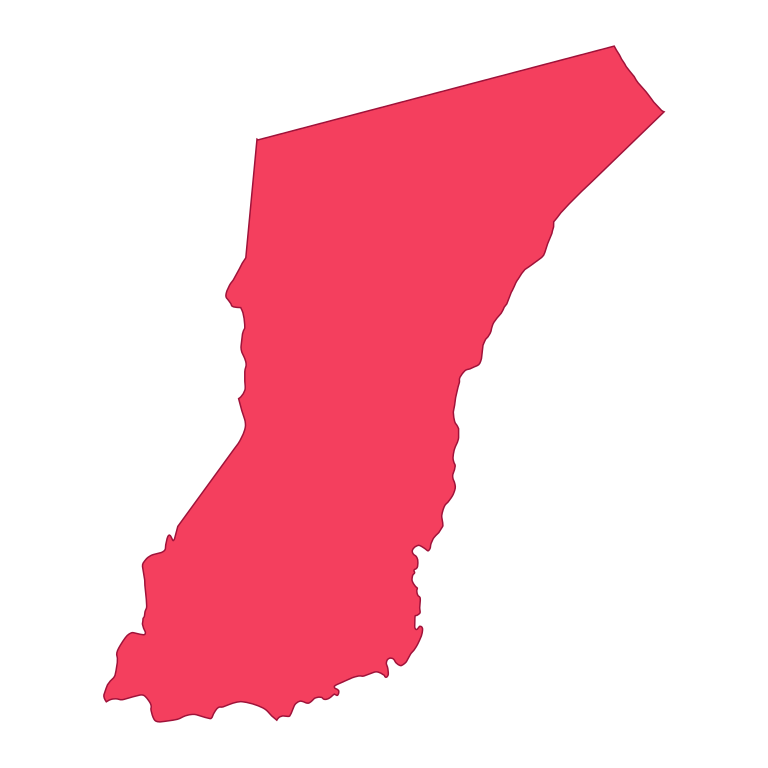 the district of Concepcion del Sur, Santa Bárbara, Honduras
{"feature_id": "27666195B6871668966766", "entity_name": "Concepcion del Sur", "entity_type": "district", "adm_level": 2, "iso_a3": "HND", "parent_name": "Honduras", "parent_adm1": "Santa Bárbara", "projection": "robinson", "projection_center": [-88.156, 14.821], "detail": "fine", "context": "isolated", "style": "filled", "palette": "rose", "viewbox_px": 768, "rotation_deg": 0, "n_neighbors": 0, "source": "geoboundaries", "source_scale": "gbopen_adm2", "svg_char_len": 6120}
<svg xmlns="http://www.w3.org/2000/svg" viewBox="0 0 768 768"><path d="M257.0,139.2L245.8,257.8L242.2,263.3L239.4,268.8L233.2,280.1L230.7,283.3L229.5,285.3L226.9,290.9L226.2,293.3L225.9,295.2L226.0,296.7L226.4,297.8L228.6,300.5L230.6,303.3L231.1,304.2L231.5,305.4L232.1,306.2L233.7,306.9L236.9,307.4L240.7,307.6L242.0,310.3L242.9,312.6L244.1,318.5L244.7,324.5L244.8,327.6L244.6,328.6L243.5,330.6L242.5,333.8L241.1,345.8L241.0,347.3L241.2,349.6L241.8,352.1L242.5,353.7L243.8,356.4L244.8,358.7L245.8,361.8L246.1,363.7L246.1,365.8L245.1,369.4L244.8,371.8L244.8,381.1L245.2,386.1L245.2,388.0L245.1,389.4L244.6,390.8L243.2,393.8L240.9,396.8L239.7,397.9L238.6,398.6L241.8,410.6L244.5,418.8L245.1,421.0L245.4,423.4L245.5,425.4L245.3,427.3L244.8,429.6L243.2,434.1L240.0,440.6L238.1,443.7L234.2,448.9L177.8,526.4L174.5,538.9L173.9,540.0L173.2,540.6L172.8,540.4L171.1,536.9L170.3,535.6L169.4,535.1L168.6,535.4L167.9,536.4L167.1,538.5L165.7,544.9L165.4,548.7L165.1,549.6L164.4,550.6L163.1,551.6L161.4,552.5L153.2,554.6L151.3,555.3L149.6,556.3L147.8,557.5L146.5,558.7L144.6,561.0L143.2,563.0L142.6,564.6L142.5,566.5L144.7,580.0L144.9,585.3L146.3,599.2L146.7,606.1L146.5,608.1L145.5,610.3L145.0,611.8L144.4,616.3L144.0,617.1L143.2,618.2L143.0,618.8L142.9,620.7L142.4,623.9L142.6,624.8L143.6,628.3L145.3,631.9L145.4,632.7L145.3,633.5L144.8,634.4L143.8,634.8L140.3,634.3L133.5,632.7L132.3,632.6L131.2,632.9L129.1,634.0L127.2,635.5L125.4,637.6L123.0,641.0L120.3,645.3L118.7,648.1L117.6,650.4L116.9,652.6L116.7,654.7L117.4,658.1L117.3,662.6L116.0,670.8L115.0,675.4L114.3,676.7L113.5,677.9L110.3,681.0L107.5,684.8L106.0,688.6L103.9,694.9L103.9,696.5L104.3,698.2L105.2,700.1L106.3,701.8L109.2,700.1L111.1,699.4L112.8,699.0L115.8,698.8L117.6,699.0L120.3,699.7L122.4,699.7L123.9,699.4L132.9,696.8L140.1,695.0L142.0,694.9L143.7,695.3L145.1,696.3L146.8,698.1L148.8,700.8L150.1,702.8L150.9,704.7L151.2,706.2L151.2,707.2L150.9,708.9L151.1,710.6L152.2,714.9L153.1,717.4L154.1,719.4L154.9,720.4L156.0,721.2L157.6,721.7L160.0,721.9L164.4,721.4L172.9,720.2L177.4,719.3L179.7,718.5L183.0,716.8L185.4,715.8L189.1,714.8L192.3,714.4L194.5,714.4L196.3,714.7L205.1,717.4L210.0,718.6L210.8,718.6L211.3,718.2L212.1,717.3L213.5,713.9L215.4,710.7L216.9,708.7L218.5,707.4L219.7,707.0L221.6,707.1L223.0,706.9L229.4,704.4L233.1,703.1L237.0,702.1L240.7,701.6L242.8,701.8L246.6,702.4L252.7,703.9L258.2,705.8L262.7,707.8L264.6,708.9L266.5,710.3L267.9,711.7L271.7,715.9L276.8,720.2L277.6,718.9L278.8,717.6L279.7,716.9L281.1,716.4L282.8,715.9L287.7,716.4L288.9,716.4L289.7,716.0L291.2,713.3L294.1,706.1L294.8,704.8L295.5,703.9L296.4,703.1L297.9,702.0L299.3,701.4L300.2,701.1L301.4,701.2L303.3,701.7L306.3,703.0L308.2,703.2L309.4,702.8L311.1,701.6L312.2,700.6L314.5,698.3L316.4,697.6L318.8,697.1L321.1,697.3L322.1,697.6L323.0,698.6L323.6,699.1L324.8,699.4L325.9,699.4L327.8,698.9L329.5,698.0L331.0,696.9L333.1,695.0L334.3,694.1L336.9,695.4L337.5,695.3L338.0,694.7L338.6,693.4L338.8,692.1L338.8,691.0L338.4,690.3L337.3,689.4L336.6,689.0L335.5,688.6L334.8,688.1L334.3,687.0L334.5,686.1L335.3,685.5L336.6,684.7L352.1,677.8L354.8,676.9L358.5,676.0L360.3,675.9L362.5,676.2L363.9,676.0L374.4,672.1L376.2,671.8L378.2,672.1L380.9,673.2L384.1,675.2L384.5,675.7L384.8,676.5L385.3,677.0L385.9,677.3L386.7,677.1L387.4,676.4L388.0,675.4L388.3,674.2L388.3,672.6L387.9,669.0L387.5,667.1L386.5,664.4L386.3,663.5L386.4,662.6L386.7,661.2L387.2,660.0L388.0,659.1L388.9,658.5L389.9,658.1L390.9,658.1L392.1,658.3L393.0,658.7L394.1,659.7L395.4,662.0L396.2,663.0L398.3,664.7L400.3,665.6L401.3,665.6L402.8,664.8L404.5,663.6L405.9,662.3L406.5,661.5L410.5,654.2L411.2,653.2L414.0,650.1L416.2,646.8L417.5,644.5L419.4,640.6L421.4,635.9L422.2,632.8L422.5,630.7L422.6,628.9L422.3,627.9L421.8,627.0L420.9,626.4L420.0,626.3L419.5,626.4L417.3,629.2L416.6,629.5L415.9,629.4L415.4,628.9L415.0,628.1L414.7,627.2L414.9,618.0L415.1,616.0L415.5,615.6L416.9,615.4L418.5,614.4L419.7,613.4L420.1,612.5L420.1,611.3L419.8,609.2L419.7,607.7L420.3,600.1L420.2,598.3L420.0,597.5L419.4,596.7L418.5,596.1L417.9,595.4L417.2,593.7L416.9,592.1L416.8,590.6L416.9,589.8L417.3,588.8L417.3,588.1L416.9,587.6L415.6,586.6L413.7,584.0L412.7,582.2L412.0,580.2L412.1,578.1L412.6,575.5L413.2,574.5L414.4,573.3L414.6,572.8L414.6,572.2L414.0,571.0L414.0,570.2L414.6,569.4L415.7,569.0L416.4,568.5L417.2,567.5L417.6,566.3L417.9,563.0L417.7,559.8L417.1,558.0L416.5,556.9L415.8,556.0L413.9,554.7L412.9,553.5L412.3,551.9L412.3,550.5L413.2,548.7L414.8,547.0L416.9,545.8L418.5,545.3L420.0,545.6L422.0,546.7L424.9,548.6L427.5,550.7L428.0,550.8L428.5,550.7L429.3,549.8L429.9,548.8L430.3,547.8L430.7,544.9L431.1,543.4L433.0,539.1L433.8,537.8L435.8,535.5L438.8,532.6L442.7,526.4L442.9,525.6L442.7,522.7L441.8,517.4L441.7,515.8L442.2,513.0L443.2,509.4L444.1,507.0L445.0,505.2L445.8,504.2L448.0,502.1L451.2,497.8L452.4,495.9L453.2,494.4L454.0,492.4L454.7,490.4L455.2,488.3L455.3,486.4L455.0,484.5L454.4,482.2L453.1,479.1L452.7,477.0L452.7,475.5L452.9,474.2L454.5,469.7L455.2,466.0L455.0,464.7L454.0,462.7L453.4,460.6L453.1,459.2L453.0,457.6L453.4,454.0L454.2,450.0L455.3,446.8L457.4,442.3L458.4,439.1L458.6,437.6L458.6,429.6L458.6,428.7L457.6,426.5L456.8,425.1L455.3,423.1L454.6,421.3L453.8,417.5L453.3,412.2L453.6,410.4L454.6,405.3L455.6,397.7L458.0,387.2L459.4,382.4L459.5,381.3L459.4,379.1L460.0,377.2L462.3,373.7L464.1,371.6L465.4,370.3L466.9,369.6L469.9,368.9L474.4,366.8L476.9,365.8L478.7,364.7L479.9,363.1L480.8,360.9L481.5,358.4L483.0,345.2L484.4,341.9L485.6,339.3L488.0,336.8L490.1,333.4L491.0,331.2L491.6,328.3L492.3,325.9L493.0,324.0L493.9,322.3L496.8,318.3L501.2,313.2L503.1,309.8L504.2,307.2L506.8,303.9L511.3,292.2L512.3,290.5L514.2,286.5L515.8,282.8L517.4,280.0L518.0,279.3L521.6,273.6L524.9,269.5L530.6,265.6L541.6,257.5L543.6,255.3L544.9,252.3L547.6,243.8L551.9,233.4L552.4,231.0L553.6,226.9L553.7,221.8L557.2,217.6L560.9,212.7L569.4,203.6L581.8,191.2L590.8,182.7L664.1,111.8L662.7,111.2L661.6,110.5L653.8,102.2L650.3,97.4L646.2,92.0L638.0,82.7L636.1,80.0L634.2,76.6L630.0,71.5L626.1,66.5L624.6,63.7L621.6,59.2L619.5,55.0L616.4,50.1L614.2,46.1L258.0,139.9L257.0,139.2Z" fill="#f43f5e" stroke="#9f1239" stroke-width="1.5"/></svg>